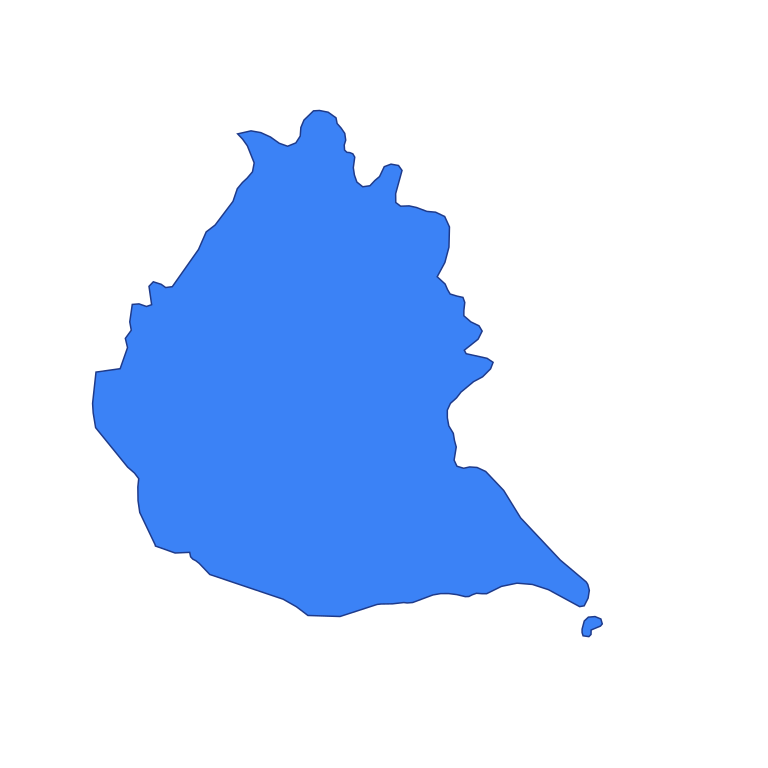 the Governorate of Ta`izz, rotated 287°
{"feature_id": "YEM-158", "entity_name": "Ta`izz", "entity_type": "Governorate", "adm_level": 1, "iso_a3": "YEM", "parent_name": "Yemen", "parent_adm1": "", "projection": "natural_earth1", "projection_center": [43.878, 13.272], "detail": "fine", "context": "isolated", "style": "filled", "palette": "blue", "viewbox_px": 768, "rotation_deg": 287, "n_neighbors": 0, "source": "natural_earth", "source_scale": "10m", "svg_char_len": 2260}
<svg xmlns="http://www.w3.org/2000/svg" viewBox="0 0 768 768"><g transform="rotate(287 384 384)"><path d="M253.8,635.3L251.9,637.5L246.7,640.7L238.9,641.8L230.4,640.3L228.3,636.2L235.4,601.3L235.7,584.5L232.4,569.4L224.8,555.5L213.5,543.5L212.1,539.0L210.9,533.6L208.3,530.1L205.6,527.3L204.4,523.9L203.9,515.3L202.5,507.1L200.1,499.4L196.6,492.5L183.4,475.3L181.4,470.2L180.8,466.8L176.3,456.5L172.7,445.4L171.2,441.9L148.8,409.9L140.4,378.9L145.4,365.3L148.7,350.5L150.9,273.1L158.5,259.6L160.0,255.7L160.6,252.4L162.2,249.6L166.2,247.4L161.3,233.6L162.2,212.8L163.4,212.1L189.7,188.0L200.5,182.9L213.6,178.7L221.8,177.1L225.9,171.4L229.6,163.1L257.9,121.0L271.2,114.4L280.2,111.0L311.2,105.1L321.5,127.2L343.8,128.1L352.0,123.3L361.5,126.6L369.1,122.7L386.5,120.0L389.0,126.3L388.7,134.2L391.9,138.6L408.7,130.7L414.3,133.5L414.2,141.8L412.4,147.0L415.2,153.1L458.5,167.3L477.5,169.5L486.6,176.0L514.5,186.2L527.9,186.6L535.3,189.7L540.8,192.9L548.5,196.2L557.5,195.2L571.8,183.7L576.8,177.2L580.4,170.9L587.2,182.8L588.4,192.7L587.0,203.3L583.6,213.4L583.2,222.3L588.8,229.2L596.6,231.4L605.0,229.5L613.0,230.3L624.6,236.7L626.7,242.3L627.6,251.1L624.5,260.3L619.4,263.0L616.2,268.2L612.2,273.2L606.0,276.1L600.9,276.1L596.2,277.9L594.7,280.8L595.3,283.6L595.0,286.9L592.4,289.7L581.9,291.4L575.2,294.6L569.2,299.0L566.4,306.0L569.5,312.6L576.0,315.8L581.1,319.1L591.9,320.7L596.3,326.4L597.2,334.0L593.5,338.8L569.4,339.5L561.0,342.2L558.9,347.9L561.7,356.0L562.3,363.5L561.6,374.5L563.4,383.1L561.9,393.1L553.3,400.7L533.9,406.1L518.0,406.7L502.1,403.5L497.5,413.2L492.8,417.2L489.4,420.9L489.4,428.0L489.9,434.2L485.6,437.4L477.6,438.9L472.6,440.4L468.8,448.9L467.4,457.9L463.3,462.4L454.4,460.9L439.8,450.9L437.0,453.7L438.7,475.1L436.6,482.0L429.7,481.5L419.7,476.2L412.5,469.0L398.8,460.0L391.9,457.4L384.9,453.2L377.5,452.2L370.1,454.5L362.9,458.2L357.1,464.7L350.6,467.9L344.9,471.5L331.7,473.3L326.7,477.8L326.7,484.8L329.7,490.1L331.4,497.4L330.1,506.8L317.2,529.6L295.9,553.8L267.2,604.0L253.8,635.3ZM215.9,644.8L220.8,647.6L221.4,649.1L223.3,653.8L222.7,660.1L218.4,662.9L215.8,661.8L211.5,656.6L209.3,654.0L205.0,655.2L202.3,653.8L201.4,648.0L204.2,646.1L207.5,645.1L215.9,644.8Z" fill="#3b82f6" stroke="#1e3a8a" stroke-width="1.5"/></g></svg>